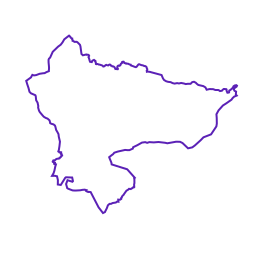 outline of Mariga, Niger, Nigeria, rotated 275°
{"feature_id": "59680162B84198311358077", "entity_name": "Mariga", "entity_type": "district", "adm_level": 2, "iso_a3": "NGA", "parent_name": "Nigeria", "parent_adm1": "Niger", "projection": "robinson", "projection_center": [5.889, 10.619], "detail": "fine", "context": "isolated", "style": "outline", "palette": "violet", "viewbox_px": 256, "rotation_deg": 275, "n_neighbors": 0, "source": "geoboundaries", "source_scale": "gbopen_adm2", "svg_char_len": 5584}
<svg xmlns="http://www.w3.org/2000/svg" viewBox="0 0 256 256"><g transform="rotate(275 128 128)"><path d="M73.7,56.5L74.0,59.3L73.7,61.5L70.0,62.7L65.6,63.0L65.4,66.0L72.9,69.8L73.5,70.5L73.8,76.7L70.3,77.8L69.6,77.3L70.7,72.3L66.8,71.2L62.8,72.7L62.3,73.7L61.4,76.8L61.0,78.3L61.1,81.1L61.8,85.9L62.4,87.9L62.8,90.2L62.5,91.9L62.1,91.6L61.8,91.5L61.6,91.7L61.4,92.3L61.0,93.0L60.9,93.6L61.0,93.6L61.0,94.4L60.9,96.4L46.4,105.6L41.1,110.5L42.3,112.4L43.5,112.8L46.2,113.9L49.2,114.7L50.8,116.2L51.0,117.8L51.9,119.2L52.7,122.4L53.7,123.5L53.7,124.9L54.6,124.7L55.8,124.5L55.9,126.4L56.7,127.4L57.5,127.2L58.2,127.9L59.0,127.9L60.2,128.6L60.8,129.3L62.2,130.0L65.4,131.9L66.7,133.7L67.5,134.3L67.4,136.1L68.2,136.9L68.4,137.6L69.6,138.5L69.4,139.1L69.7,139.4L71.5,139.1L72.5,139.0L73.6,139.2L77.7,138.8L78.5,138.5L79.0,139.1L86.8,130.8L90.3,114.9L92.2,114.4L95.8,112.5L97.3,111.8L99.5,114.1L100.6,115.4L102.2,116.5L103.6,119.8L105.9,127.0L105.9,129.6L106.1,131.4L107.9,134.6L109.3,134.8L111.7,138.8L114.7,143.2L115.4,146.4L114.9,148.4L115.8,150.5L115.9,154.9L116.7,159.6L116.5,166.5L116.2,168.5L118.5,177.0L118.8,181.0L117.8,183.6L113.0,189.6L114.3,193.7L116.4,196.1L122.1,201.4L125.3,204.0L128.9,211.3L137.3,215.9L140.2,216.1L145.8,215.5L149.4,214.9L153.5,216.7L158.7,220.6L161.0,223.6L165.2,228.6L166.9,229.6L168.5,231.0L169.8,233.5L170.8,232.5L173.7,232.5L174.3,230.9L175.9,229.9L177.2,230.8L178.6,232.5L179.6,232.9L180.1,232.2L179.7,230.7L178.8,229.5L177.2,228.9L175.0,226.9L174.1,225.6L172.3,225.6L171.8,224.3L171.9,223.8L172.8,223.5L173.3,223.1L174.1,222.9L175.0,222.8L175.3,222.4L175.2,221.5L175.3,221.0L175.2,220.0L174.3,219.0L173.3,218.3L172.8,216.4L173.7,214.9L173.5,211.6L174.1,209.5L173.9,205.9L173.0,203.0L175.2,201.6L176.3,199.4L177.0,194.3L178.1,192.6L179.0,191.6L179.8,189.7L179.3,188.0L177.5,186.5L177.2,183.5L176.8,181.7L177.2,179.8L177.5,177.0L176.8,174.9L177.0,173.0L176.3,170.6L176.6,168.5L177.4,166.5L177.5,163.8L177.9,161.9L179.0,159.7L180.5,158.5L183.7,156.8L185.5,146.6L185.6,146.0L185.8,145.3L185.8,144.9L185.9,143.6L185.9,142.9L185.8,142.2L185.7,141.9L186.2,141.8L186.7,141.7L186.8,141.9L187.6,142.0L188.0,142.1L188.3,142.1L188.8,141.7L189.2,141.5L189.6,141.4L190.2,141.2L190.9,140.4L191.0,140.2L191.1,139.9L191.2,139.6L191.1,139.0L191.1,138.8L191.3,138.6L191.4,138.3L191.6,137.6L191.7,137.3L191.8,135.9L192.5,133.5L192.4,133.2L192.1,132.8L191.4,132.3L190.3,131.6L189.7,131.2L189.3,130.6L189.3,130.3L189.5,129.6L189.5,129.3L189.9,128.1L190.2,127.0L190.3,126.5L190.4,126.1L190.5,125.9L190.7,125.6L190.7,125.4L191.1,125.3L191.3,125.2L191.3,124.5L191.4,124.2L191.7,123.3L192.0,122.7L192.0,122.0L192.1,121.4L192.0,121.0L191.9,120.5L192.2,120.1L192.3,120.1L192.4,118.7L193.6,118.0L193.7,117.5L193.4,116.7L193.1,116.3L192.8,116.3L192.5,116.4L192.3,116.4L192.0,116.2L191.5,115.4L191.1,115.2L190.8,115.2L189.8,114.9L189.6,114.7L189.2,113.9L189.3,113.8L189.5,113.6L189.3,112.9L188.8,112.3L188.0,112.0L187.3,112.1L186.8,112.2L186.6,112.0L186.3,112.7L186.0,112.8L185.7,112.7L185.6,112.0L185.8,111.3L185.8,110.6L185.7,110.3L186.1,110.1L186.8,109.6L187.1,109.5L187.4,109.2L187.7,108.8L188.0,108.3L188.1,108.0L188.0,107.5L188.0,107.0L188.2,106.8L188.6,106.2L188.7,105.4L189.3,105.1L189.6,104.6L189.6,104.1L189.2,103.4L188.8,103.0L188.6,102.8L188.8,101.3L189.0,100.8L188.7,100.3L188.3,99.8L187.6,99.3L187.4,99.0L187.2,98.4L187.1,98.0L187.3,97.8L187.7,97.5L188.0,96.9L188.2,96.4L188.3,95.7L188.5,95.1L188.6,94.5L188.7,93.8L188.7,93.2L189.0,92.5L189.1,92.1L189.0,91.5L188.8,91.0L188.9,90.5L189.1,90.4L190.6,90.2L191.0,89.9L191.3,89.5L191.6,89.5L191.9,89.7L192.1,89.5L192.5,88.7L192.8,88.4L192.9,88.2L192.4,87.4L192.2,87.0L191.9,86.6L191.5,86.5L190.5,86.2L190.5,85.8L190.6,85.6L190.6,84.5L191.9,83.8L192.2,83.8L193.2,83.5L193.5,83.2L194.1,83.0L194.6,82.9L195.0,82.5L195.9,82.6L196.1,82.7L196.4,83.0L196.6,83.0L197.0,82.7L197.4,82.3L197.5,81.6L197.5,81.1L197.3,80.5L197.3,80.4L197.6,80.0L196.5,76.7L197.7,75.2L205.2,73.5L206.7,72.9L208.9,70.3L209.3,69.6L209.4,68.8L209.1,67.5L209.2,67.1L209.3,66.8L209.5,66.7L209.7,66.4L210.0,65.2L210.7,65.2L211.1,65.0L211.3,64.7L211.8,64.5L212.3,64.6L212.5,63.9L212.9,63.2L213.1,63.0L213.6,62.8L213.9,62.4L214.1,62.1L214.2,61.8L214.4,61.7L214.6,61.7L214.9,61.4L214.9,61.2L210.8,56.8L207.6,55.3L205.1,53.7L203.0,51.3L197.4,46.4L191.4,44.3L190.1,43.2L188.9,42.9L186.2,43.2L183.0,43.8L181.0,44.1L177.7,44.2L176.6,41.9L175.4,40.2L175.1,38.5L174.3,35.2L172.7,31.9L172.2,29.7L172.6,28.1L170.9,27.3L170.0,27.0L166.1,22.5L162.6,23.9L159.2,25.4L155.5,26.7L154.1,28.3L152.6,32.8L151.7,33.3L147.6,34.1L145.4,35.7L142.1,36.7L140.5,36.7L137.6,37.8L136.1,38.8L133.3,41.6L131.9,43.1L130.9,45.1L130.3,47.1L128.8,49.1L128.2,49.4L126.0,50.1L125.5,51.4L125.1,53.5L124.1,55.0L122.8,55.6L119.8,56.6L117.7,58.1L115.8,59.3L113.3,59.8L108.5,61.4L103.9,61.3L99.8,61.0L98.6,60.6L98.4,60.8L98.4,61.1L98.3,61.3L98.1,61.4L98.0,61.6L98.1,61.9L98.0,62.2L98.0,62.3L97.9,62.2L97.7,62.2L97.7,62.5L97.4,62.9L97.4,63.0L97.5,63.2L97.5,63.3L97.5,63.6L97.3,63.7L96.8,63.9L96.7,63.8L96.3,63.5L95.6,63.9L95.6,64.1L95.5,64.4L95.1,64.8L94.9,64.8L94.8,64.6L94.5,64.5L94.4,64.3L94.2,64.0L94.0,63.8L93.4,63.7L93.2,63.6L93.0,63.3L92.6,62.7L92.5,62.4L92.3,62.3L92.2,62.5L91.9,62.5L91.8,62.3L91.7,62.2L91.5,61.9L91.2,60.1L90.6,59.0L89.8,58.3L89.5,57.9L89.4,57.4L89.3,56.7L89.2,56.5L88.7,56.6L88.6,56.4L88.6,56.2L88.0,55.9L87.7,56.0L87.5,56.6L87.1,57.2L87.2,58.0L87.1,58.3L86.9,58.3L86.7,58.1L86.4,57.8L86.3,57.5L86.0,57.5L85.7,57.6L85.6,57.8L85.6,58.2L85.6,58.8L85.5,59.4L84.6,59.2L83.2,58.9L81.5,58.7L79.1,58.4L76.5,57.8L73.7,56.5Z" fill="none" stroke="#5b21b6" stroke-width="2"/></g></svg>